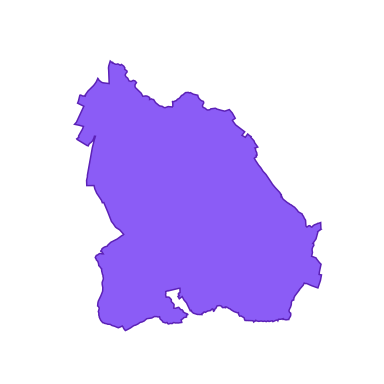 the district of Sebes, Alba, Romania, rotated 347°
{"feature_id": "2599482B78612484376633", "entity_name": "Sebes", "entity_type": "district", "adm_level": 2, "iso_a3": "ROU", "parent_name": "Romania", "parent_adm1": "Alba", "projection": "albers", "projection_center": [23.569, 45.956], "detail": "fine", "context": "isolated", "style": "filled", "palette": "violet", "viewbox_px": 384, "rotation_deg": 347, "n_neighbors": 0, "source": "geoboundaries", "source_scale": "gbopen_adm2", "svg_char_len": 6006}
<svg xmlns="http://www.w3.org/2000/svg" viewBox="0 0 384 384"><g transform="rotate(347 192 192)"><path d="M257.6,338.0L257.6,337.7L260.0,335.2L260.6,334.0L260.9,332.3L260.1,331.3L259.8,330.5L259.9,329.2L261.3,327.2L261.8,326.8L263.3,324.3L263.8,322.8L263.9,322.0L264.5,321.1L265.5,320.0L266.7,320.2L267.7,317.7L268.3,317.2L268.6,316.6L274.7,311.5L274.6,311.3L279.4,307.8L280.8,306.0L282.1,306.8L282.9,306.9L283.6,307.3L287.5,310.2L293.1,313.8L297.3,307.0L299.5,301.9L297.3,300.9L298.3,298.2L301.5,291.4L300.3,289.5L298.4,285.4L298.0,284.1L294.1,281.5L295.8,278.0L295.9,276.2L296.2,274.6L297.2,272.9L298.7,271.5L298.9,269.3L298.3,269.2L302.3,265.6L305.7,259.2L305.6,258.9L309.3,257.4L309.0,257.2L309.3,257.0L310.5,250.7L308.5,251.0L307.6,250.8L306.4,251.2L303.9,251.5L302.4,252.1L301.3,253.0L300.7,253.1L300.3,252.9L299.2,251.3L298.8,251.2L298.0,251.2L296.1,252.0L295.4,250.9L295.4,250.5L296.3,245.0L295.5,242.8L295.1,240.7L294.4,239.2L294.5,238.5L294.3,238.1L291.1,235.2L290.6,233.7L288.5,229.9L287.2,228.6L285.7,226.8L284.2,225.7L284.0,225.1L282.6,223.9L279.2,219.5L278.6,217.8L278.6,217.3L278.4,216.4L278.2,216.3L278.3,215.6L278.0,215.9L278.1,215.2L277.5,212.4L274.0,206.3L272.1,202.5L271.5,200.7L268.0,191.5L265.9,187.9L264.5,183.9L262.9,180.7L260.9,175.3L260.3,173.1L261.3,172.6L262.7,172.3L262.8,170.7L263.7,170.7L263.9,168.2L263.4,166.1L263.6,163.7L263.3,163.3L266.2,163.0L264.2,158.2L263.9,156.0L261.6,151.9L262.1,151.3L260.8,150.1L259.3,148.0L256.2,150.7L253.5,148.0L256.9,145.2L249.6,136.4L247.6,131.8L247.5,131.2L250.7,129.9L249.0,124.0L246.9,120.1L242.1,120.6L238.9,119.0L234.9,116.8L233.9,115.8L233.3,115.6L229.0,115.2L228.0,115.8L227.4,115.8L225.9,115.7L225.0,115.2L223.6,113.3L222.6,112.6L221.8,111.8L221.6,111.3L221.6,110.4L222.1,109.4L223.4,108.0L223.6,107.0L223.2,106.0L222.0,105.4L221.1,104.4L219.9,102.5L219.4,100.8L219.4,99.0L215.3,97.0L212.8,94.8L211.5,94.8L210.8,94.1L208.0,93.7L204.8,95.4L203.5,95.6L201.2,97.5L200.2,98.0L198.8,98.3L197.2,99.4L195.4,99.6L194.7,99.9L193.5,99.4L193.3,99.5L193.2,101.5L192.6,104.1L191.9,104.7L188.0,103.4L184.8,103.8L183.7,103.4L182.2,101.8L180.2,101.0L179.5,100.5L176.6,96.7L175.4,93.3L174.2,92.8L173.3,92.1L171.7,92.3L171.9,91.9L171.6,91.8L172.0,90.4L170.2,88.7L168.7,88.0L165.6,87.7L164.7,84.3L160.3,77.5L160.2,76.1L160.8,74.4L162.5,73.0L161.6,71.1L159.9,70.0L157.5,70.6L155.6,69.5L155.0,66.7L153.5,64.7L153.2,63.0L154.1,61.7L155.8,60.4L155.8,59.3L154.0,57.3L154.5,55.9L153.8,54.0L151.9,51.8L150.6,52.3L148.6,50.5L147.4,50.6L146.2,50.3L144.4,48.9L143.9,47.9L143.4,48.3L141.8,46.0L139.2,50.5L138.5,52.4L138.1,55.1L135.7,67.7L129.9,65.6L128.6,64.8L126.4,62.0L126.3,61.1L125.8,60.1L123.6,63.0L122.0,64.5L120.1,66.1L113.4,70.2L109.3,73.9L109.8,74.2L109.4,74.7L108.7,74.3L107.1,73.9L105.4,72.5L104.5,72.5L101.7,78.0L100.5,79.7L105.9,84.1L95.1,98.0L92.8,99.6L96.9,101.5L101.0,103.7L99.4,106.1L94.1,111.9L94.0,112.2L94.1,113.2L91.6,114.3L91.9,115.0L100.2,123.1L101.3,123.7L102.2,122.4L103.5,121.5L104.7,121.0L106.7,119.8L108.8,117.0L109.5,115.7L110.4,116.0L108.8,118.7L104.9,126.3L93.9,152.0L93.4,153.9L91.9,156.9L90.9,162.1L98.0,163.7L98.0,167.0L98.9,171.8L101.8,179.4L102.0,180.3L102.2,182.3L103.7,182.4L105.5,192.8L106.9,202.6L108.1,205.1L109.6,209.0L110.5,210.1L113.1,212.7L115.9,217.9L114.9,218.5L113.6,218.8L108.5,221.0L101.6,222.7L98.2,224.7L97.2,225.7L94.6,225.9L93.1,226.3L91.4,227.2L91.2,227.9L89.8,229.0L89.8,229.3L90.7,229.9L91.6,232.3L90.4,232.0L88.6,231.2L87.7,231.3L85.6,232.2L84.6,232.2L83.0,234.0L83.2,235.0L83.5,235.4L83.5,236.5L84.6,238.4L84.8,240.7L84.6,242.8L85.2,243.6L86.1,245.7L86.7,246.7L86.4,247.0L86.2,249.2L86.3,250.8L86.2,251.6L86.5,253.4L86.2,254.6L86.3,255.6L86.0,256.8L85.7,257.4L84.1,259.9L83.7,261.8L83.6,265.1L82.6,268.6L80.0,272.4L76.2,277.2L75.4,278.8L74.4,281.8L75.0,282.5L75.3,283.3L75.4,284.2L75.3,284.8L73.8,287.5L74.0,289.0L73.6,290.6L73.5,291.7L73.7,292.3L73.5,293.3L74.2,296.5L75.1,298.3L75.8,299.4L76.3,299.4L77.2,300.3L79.2,301.2L80.0,301.8L82.6,302.6L83.9,304.0L86.4,305.4L89.6,307.7L89.9,307.5L90.8,307.6L93.9,306.9L94.4,308.0L94.9,310.0L95.9,312.0L97.5,311.7L101.5,310.6L105.2,309.1L107.2,309.0L109.8,308.4L112.1,307.4L114.1,307.4L116.4,306.9L118.8,305.6L119.5,305.3L124.5,305.7L127.3,304.9L129.7,305.5L130.9,306.2L132.3,306.2L132.4,306.4L132.3,308.0L132.5,308.8L133.9,310.7L134.4,312.2L136.7,313.6L138.3,313.5L138.6,314.0L138.6,314.6L139.3,315.3L141.7,315.2L142.5,315.6L143.4,315.7L144.2,315.2L144.9,315.1L146.7,316.0L147.9,316.1L148.9,316.5L152.7,316.8L152.7,314.1L154.6,313.4L155.7,312.6L158.5,312.6L158.7,311.7L158.9,311.5L159.0,310.7L160.3,310.5L160.2,309.9L157.8,308.2L156.4,306.7L156.6,306.1L155.9,304.6L154.5,304.0L153.2,301.5L152.8,301.3L149.7,301.6L148.1,301.0L149.2,297.8L148.9,296.8L147.3,294.3L147.2,293.7L147.6,292.7L147.6,292.0L147.4,291.8L146.8,290.6L146.0,289.4L144.9,288.9L143.2,288.7L143.1,286.3L143.7,285.0L144.0,283.1L146.4,282.7L146.5,283.0L157.4,282.9L158.6,283.1L157.7,287.3L156.5,287.5L156.3,288.1L155.7,288.3L156.2,290.1L154.8,290.5L155.6,293.2L158.9,291.7L159.9,295.4L161.7,298.8L163.6,307.4L164.0,307.3L163.9,307.0L164.6,307.1L164.8,308.2L165.3,309.4L166.3,310.5L169.7,312.5L174.2,313.7L174.3,312.8L175.9,312.3L176.2,311.8L177.1,311.7L178.0,312.3L180.4,311.5L183.5,311.7L184.0,311.2L185.1,310.6L185.8,310.6L186.3,311.2L186.0,312.3L186.2,313.0L187.1,312.7L187.8,311.4L189.0,310.8L190.9,308.6L193.4,308.9L194.4,309.4L195.3,310.2L195.4,311.0L195.9,311.6L197.6,311.8L198.4,312.2L198.4,311.6L199.2,311.5L200.8,312.7L201.9,313.9L202.8,314.4L203.7,315.7L206.1,318.0L209.4,320.1L210.1,320.0L209.9,321.9L210.5,323.7L211.9,323.8L214.5,326.3L214.5,328.2L214.8,329.1L222.4,331.1L222.9,332.6L224.0,331.9L224.5,332.0L224.9,331.5L225.1,331.8L225.5,331.6L225.7,332.0L228.0,333.1L230.3,333.2L232.1,334.1L233.7,334.1L235.2,335.0L237.0,334.7L237.9,335.5L241.1,335.5L241.6,336.5L244.8,335.9L245.9,335.9L246.5,336.2L246.7,336.8L247.6,335.5L250.0,336.0L252.3,335.9L252.3,336.2L252.0,336.2L252.0,336.6L252.8,336.7L254.8,337.7L257.6,338.0Z" fill="#8b5cf6" stroke="#5b21b6" stroke-width="1.5"/></g></svg>